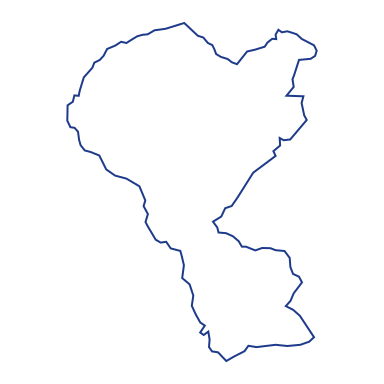 Três Forquilhas, Rio Grande do Sul, Brazil (Mercator projection)
{"feature_id": "56859067B63561064901677", "entity_name": "Três Forquilhas", "entity_type": "district", "adm_level": 2, "iso_a3": "BRA", "parent_name": "Brazil", "parent_adm1": "Rio Grande do Sul", "projection": "mercator", "projection_center": [-50.078, -29.445], "detail": "fine", "context": "isolated", "style": "outline", "palette": "blue", "viewbox_px": 384, "rotation_deg": 0, "n_neighbors": 0, "source": "geoboundaries", "source_scale": "gbopen_adm2", "svg_char_len": 1748}
<svg xmlns="http://www.w3.org/2000/svg" viewBox="0 0 384 384"><path d="M267.5,42.5L264.7,46.7L254.9,49.7L247.1,51.5L237.0,64.2L231.9,62.3L227.6,59.0L220.9,56.9L216.1,54.0L214.3,49.1L212.3,45.1L207.9,43.0L203.3,37.5L197.9,35.8L184.2,23.0L165.5,28.8L154.5,30.3L147.7,34.3L142.5,34.8L137.2,36.3L131.1,40.0L126.4,43.0L121.1,41.8L115.4,45.5L107.1,49.0L103.6,55.8L99.7,60.0L94.3,62.7L92.4,67.7L83.8,77.4L79.8,90.4L78.7,95.8L74.4,95.4L72.8,101.8L67.6,105.3L67.3,120.7L70.4,127.2L74.5,127.8L78.0,131.7L79.1,139.9L80.6,145.2L84.7,150.4L90.6,152.0L99.3,155.5L106.2,169.4L115.1,175.6L126.4,178.6L139.4,186.3L145.3,200.4L143.6,206.1L147.9,214.1L145.5,222.0L147.7,226.2L155.7,239.7L160.7,242.6L166.2,241.8L170.7,248.4L180.3,250.9L181.6,255.4L183.9,265.2L182.2,278.1L189.6,284.3L193.3,295.6L191.8,305.8L195.7,314.3L200.2,322.4L204.8,325.6L200.2,332.5L203.7,335.0L208.3,331.6L209.6,339.5L209.0,347.0L212.0,351.4L218.0,352.3L226.3,361.0L234.1,356.5L244.5,351.2L248.4,345.8L256.5,347.1L275.6,344.8L287.3,346.0L300.3,344.8L309.2,341.7L314.0,337.2L299.9,315.8L293.1,309.8L285.8,306.1L290.5,300.9L293.7,293.3L302.0,282.4L299.0,276.7L293.0,273.9L290.4,267.1L289.7,257.9L284.5,251.0L275.6,250.2L270.4,248.2L262.1,248.0L255.3,250.4L246.0,246.7L241.9,246.7L238.7,241.2L232.8,236.2L226.1,233.2L218.5,232.5L217.3,227.5L213.0,221.7L221.3,216.5L225.2,208.2L231.7,206.0L237.8,197.1L253.2,172.7L275.6,155.9L273.4,151.2L280.1,145.5L279.7,138.0L283.6,140.2L290.2,139.5L306.7,120.0L304.2,115.3L301.6,103.0L303.4,96.3L286.5,95.7L293.7,86.9L292.5,79.3L294.2,74.9L299.0,59.9L310.7,58.8L315.1,55.9L316.7,50.7L314.0,45.3L301.7,38.9L296.7,34.3L291.6,32.6L287.3,31.3L281.9,32.3L278.4,29.8L275.6,34.6L276.2,39.1L272.2,38.8L267.5,42.5Z" fill="none" stroke="#1e3a8a" stroke-width="2"/></svg>